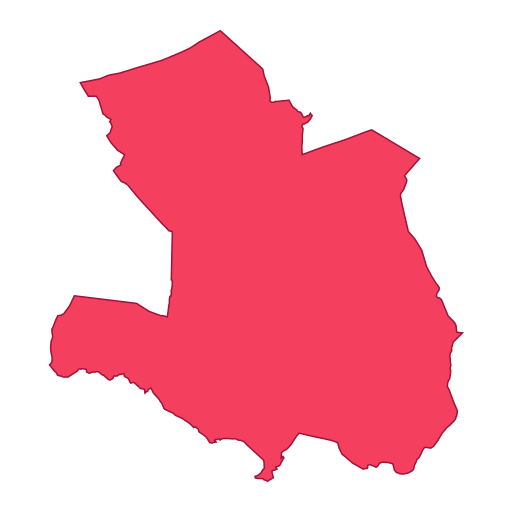 the district of Huiramba, Michoacán, Mexico
{"feature_id": "50627088B30208829645269", "entity_name": "Huiramba", "entity_type": "district", "adm_level": 2, "iso_a3": "MEX", "parent_name": "Mexico", "parent_adm1": "Michoacán", "projection": "natural_earth1", "projection_center": [-101.469, 19.525], "detail": "fine", "context": "isolated", "style": "filled", "palette": "rose", "viewbox_px": 512, "rotation_deg": 0, "n_neighbors": 0, "source": "geoboundaries", "source_scale": "gbopen_adm2", "svg_char_len": 5976}
<svg xmlns="http://www.w3.org/2000/svg" viewBox="0 0 512 512"><path d="M442.0,301.0L441.5,299.7L439.6,298.0L437.5,297.7L436.4,296.0L437.0,293.2L439.1,290.0L439.3,287.9L437.8,285.4L435.7,282.8L431.4,275.8L426.6,266.7L421.8,250.3L414.7,238.8L408.3,231.4L405.0,217.2L402.1,204.5L400.4,195.6L400.7,193.6L402.4,191.4L403.9,189.0L406.7,181.3L406.8,179.6L404.4,175.8L419.6,158.5L371.6,129.8L364.1,132.5L345.1,139.7L323.2,146.9L302.2,154.6L301.8,146.6L302.2,142.5L302.3,141.0L302.3,135.8L303.0,129.2L303.0,128.2L302.4,127.7L301.7,127.0L302.1,125.4L302.8,124.3L304.8,123.8L305.4,123.3L307.8,122.1L309.1,120.6L309.9,119.7L310.8,118.3L311.5,116.8L312.2,115.6L311.2,114.7L310.4,113.2L309.4,114.7L308.7,116.0L307.6,115.7L305.5,116.8L304.0,117.4L303.3,117.0L302.7,116.2L302.5,115.4L302.0,114.6L301.2,113.2L300.5,112.2L299.1,111.9L297.6,111.5L296.9,110.1L295.5,109.1L292.5,106.6L289.0,100.2L276.4,101.5L275.5,101.3L274.0,102.3L273.0,102.2L272.3,102.2L271.6,102.2L270.5,101.5L269.7,100.7L270.3,97.9L269.2,91.1L268.4,86.8L264.3,76.3L262.7,69.0L220.3,30.7L199.6,41.8L190.0,48.1L180.2,52.7L162.0,60.3L138.0,67.4L126.6,71.0L123.6,71.9L120.2,73.0L115.0,74.0L109.9,74.9L106.9,75.8L106.4,76.1L105.2,76.6L100.9,78.4L100.7,78.7L99.5,78.9L89.9,80.8L88.6,81.1L88.3,81.1L80.3,82.6L82.3,86.3L84.6,90.2L88.3,96.1L88.3,96.3L92.7,96.2L96.2,96.2L98.8,99.9L99.3,101.4L103.0,114.0L104.9,115.0L106.2,116.6L107.7,117.6L111.0,119.4L109.6,121.8L110.4,122.1L112.2,126.7L111.2,129.2L110.0,132.9L106.7,135.7L111.2,143.0L116.6,149.1L117.3,150.2L124.6,154.7L122.2,159.6L120.5,163.3L120.5,163.6L120.5,163.8L120.7,164.2L120.8,164.4L120.8,164.8L120.7,165.2L120.4,165.3L119.0,165.9L117.1,166.9L116.2,167.5L114.1,169.9L113.4,170.7L120.3,180.3L121.1,181.3L121.6,181.6L123.9,182.6L124.9,183.0L126.1,183.9L127.2,184.4L136.8,196.0L140.3,200.0L152.1,212.8L162.8,224.5L164.9,226.4L168.9,230.8L172.1,231.5L172.3,233.5L171.3,279.9L172.2,280.3L172.3,284.1L172.1,286.5L171.7,288.8L171.2,290.9L171.3,293.7L171.0,295.9L170.5,295.8L169.8,296.7L169.5,298.6L169.3,300.8L169.4,303.0L168.9,304.9L168.6,307.1L168.1,311.2L167.9,313.0L167.3,316.9L163.2,315.7L160.6,315.6L149.3,311.5L136.6,303.4L74.4,295.8L69.6,305.8L63.8,313.7L60.6,315.4L57.9,315.6L55.6,320.2L53.4,326.3L51.9,329.2L52.0,332.5L52.7,336.2L52.4,338.1L51.1,341.5L50.6,347.5L51.0,352.3L51.8,355.9L52.2,358.4L51.8,362.5L49.5,364.9L53.7,370.2L54.0,370.8L54.9,371.6L55.4,372.0L56.0,372.3L56.4,372.7L56.9,373.5L57.0,373.9L57.0,374.3L57.1,374.6L57.7,375.3L58.7,375.7L59.9,375.8L60.9,376.1L61.5,376.1L61.8,376.4L62.4,376.7L63.3,377.0L67.9,377.1L76.8,371.4L77.2,371.2L77.7,370.3L78.6,369.5L79.4,368.8L79.8,368.8L80.1,368.8L80.4,368.9L80.6,369.1L80.9,369.1L81.2,369.1L81.5,368.8L81.8,368.7L83.8,368.9L85.7,369.3L86.1,369.4L86.3,369.8L86.5,370.2L86.5,371.8L87.1,372.3L89.2,373.2L89.7,373.1L90.3,372.9L90.6,372.8L90.9,372.6L91.0,372.4L92.3,372.2L93.3,371.9L93.6,371.9L94.7,372.2L95.0,372.2L95.5,372.0L96.3,371.7L96.9,371.6L97.7,371.7L98.3,371.7L99.3,372.4L100.5,373.4L101.2,374.1L101.9,374.7L102.5,375.0L103.3,375.0L108.3,379.5L108.9,379.8L109.7,379.9L110.5,379.9L111.0,379.5L111.9,379.1L112.7,378.7L113.1,378.1L113.3,377.4L113.4,376.4L113.6,376.1L114.2,376.0L115.3,376.1L117.3,375.9L117.6,375.8L117.9,375.6L118.6,375.0L119.6,374.4L119.9,374.3L121.1,374.3L122.3,374.0L123.2,373.7L123.5,373.7L124.2,373.8L124.4,375.1L124.3,375.4L124.1,375.8L124.9,376.5L125.9,377.3L127.0,377.7L128.1,378.4L128.7,379.2L129.0,379.9L129.3,380.2L129.4,381.1L129.6,381.5L130.6,383.1L131.4,382.9L133.8,382.4L135.2,383.5L140.5,388.5L144.5,389.3L144.6,389.8L144.8,390.6L144.8,391.2L144.7,392.1L145.0,393.2L145.8,392.3L146.3,391.7L147.4,391.5L147.7,391.3L148.0,390.1L148.1,389.7L150.9,387.9L153.3,392.8L154.8,394.6L155.3,394.8L155.3,395.1L159.3,399.6L160.6,402.1L161.5,402.6L163.4,407.0L163.9,408.3L164.8,409.3L173.3,413.3L175.4,415.3L182.5,418.5L184.2,419.8L187.2,421.8L189.9,423.7L192.0,425.7L193.6,427.4L193.9,427.5L194.4,427.0L194.7,426.9L195.8,427.2L196.0,427.6L197.1,428.1L197.7,428.5L198.1,429.1L198.5,430.0L198.8,431.3L199.2,431.8L199.3,432.2L201.2,433.3L203.8,435.2L205.5,436.4L207.3,438.5L208.3,440.4L209.9,442.8L210.4,442.5L211.9,443.0L212.4,443.0L213.2,442.6L213.9,442.3L216.1,442.1L215.1,440.8L214.8,440.7L214.5,440.3L215.4,439.6L216.9,439.5L219.2,438.8L220.1,440.1L221.2,439.3L222.6,438.7L223.8,438.5L226.4,438.5L233.3,438.9L235.4,438.7L238.2,440.1L240.5,440.3L243.9,441.6L247.3,445.2L259.8,456.6L263.7,460.3L264.1,463.3L264.3,468.4L262.9,469.7L260.7,473.2L257.7,475.5L255.0,476.4L255.4,478.1L258.3,478.5L262.7,478.6L263.9,479.8L266.1,480.4L267.6,481.3L269.9,479.7L271.4,478.9L273.3,477.6L272.4,473.7L272.0,472.5L272.2,470.6L274.8,470.1L277.0,469.1L275.5,467.1L277.6,466.4L278.6,466.2L278.9,466.0L279.7,465.3L280.3,464.4L281.4,462.2L283.9,457.8L282.9,456.3L281.1,458.0L281.5,452.7L283.5,450.9L285.8,449.9L287.6,448.4L290.9,444.8L292.9,441.7L296.6,436.0L299.2,433.2L313.5,436.5L323.5,438.6L331.5,440.4L335.1,441.6L337.8,443.0L339.1,448.2L342.1,454.2L345.8,457.2L352.5,463.0L361.0,467.8L363.2,469.1L363.6,469.0L365.5,468.5L367.0,468.5L367.4,468.0L367.7,467.3L367.7,465.5L368.1,465.1L368.6,464.8L370.2,464.8L371.7,465.3L374.6,466.4L375.6,467.0L375.8,467.2L376.1,467.3L376.9,466.8L377.7,466.1L378.1,465.5L378.9,464.1L379.2,463.6L380.4,462.9L382.3,462.1L388.4,462.6L392.8,463.8L394.1,468.5L394.3,469.9L396.4,472.5L396.8,472.7L397.9,472.8L398.6,473.1L399.7,473.8L400.6,473.8L402.2,474.0L404.3,473.9L408.6,472.8L411.6,471.1L412.7,470.4L413.9,468.3L414.2,466.2L414.8,464.5L416.1,461.9L416.8,459.6L419.0,457.6L421.2,453.4L422.9,449.8L424.4,447.6L425.9,447.4L430.9,448.1L433.7,446.2L437.8,440.6L442.0,433.4L446.9,427.5L449.3,425.7L454.5,420.5L455.9,418.1L455.6,417.0L456.4,416.5L456.9,414.7L457.4,410.9L453.4,401.4L449.0,389.5L447.3,386.5L447.9,381.8L449.7,378.6L450.4,374.4L450.7,370.7L450.0,368.0L450.8,365.9L449.9,356.1L450.2,353.3L451.7,351.0L451.6,348.0L453.2,342.1L462.5,332.9L456.7,332.2L456.0,325.5L454.5,322.5L448.2,316.0L444.5,307.2L442.0,301.0Z" fill="#f43f5e" stroke="#9f1239" stroke-width="1.5"/></svg>